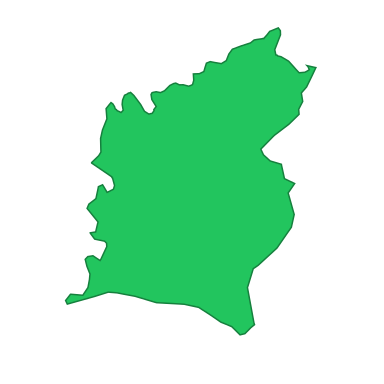 Boinsen, Bong, Liberia, rotated 171°
{"feature_id": "62588387B25170598917016", "entity_name": "Boinsen", "entity_type": "district", "adm_level": 2, "iso_a3": "LBR", "parent_name": "Liberia", "parent_adm1": "Bong", "projection": "natural_earth1", "projection_center": [-9.229, 6.691], "detail": "fine", "context": "isolated", "style": "filled", "palette": "green", "viewbox_px": 384, "rotation_deg": 171, "n_neighbors": 0, "source": "geoboundaries", "source_scale": "gbopen_adm2", "svg_char_len": 2671}
<svg xmlns="http://www.w3.org/2000/svg" viewBox="0 0 384 384"><g transform="rotate(171 192 192)"><path d="M332.7,100.8L304.4,104.1L290.4,106.2L281.7,104.1L276.3,102.1L264.5,97.9L245.6,88.8L244.2,88.2L221.9,83.4L217.4,82.4L203.4,77.0L200.0,73.9L193.7,68.3L183.8,58.9L179.6,56.4L173.8,52.8L172.6,51.2L166.9,43.4L161.9,43.8L155.1,48.8L151.0,51.2L151.3,53.0L152.2,89.0L151.3,90.7L143.5,106.7L140.9,107.9L138.2,109.2L116.8,123.4L104.9,135.9L99.4,141.6L94.6,153.8L95.3,159.8L96.1,166.7L97.2,176.0L89.3,184.3L98.6,190.7L99.4,204.3L99.4,205.4L109.9,210.4L115.6,217.5L116.8,221.7L117.3,223.6L103.2,234.1L101.6,235.2L85.5,243.9L75.2,251.2L74.1,252.0L73.7,257.0L68.5,264.1L68.5,272.7L62.4,277.8L55.0,288.4L50.2,295.5L50.8,295.7L58.6,298.8L57.8,297.6L57.5,296.4L57.0,294.5L58.9,293.6L61.7,292.6L67.5,293.0L68.3,294.1L69.7,296.2L70.1,296.8L70.3,297.1L71.8,299.5L76.1,306.1L82.9,311.7L86.1,313.0L86.6,313.9L87.8,314.3L87.8,315.5L88.0,319.6L82.8,328.6L80.0,333.4L79.5,337.5L81.1,340.6L87.4,339.1L90.1,338.5L93.3,335.5L96.4,333.0L97.1,332.2L97.7,332.6L98.8,332.4L104.2,332.5L106.9,332.4L110.9,330.1L120.4,328.6L129.8,326.7L134.0,322.5L135.4,320.1L137.6,316.4L142.9,314.2L146.2,315.3L149.2,316.3L153.6,317.9L157.6,317.0L159.9,312.4L161.0,310.0L161.5,309.1L166.2,307.7L168.8,308.0L171.3,308.3L172.2,308.4L172.8,302.1L174.5,298.3L175.4,297.7L178.7,297.0L183.9,299.3L187.7,299.8L191.0,302.1L193.1,302.0L197.2,300.7L203.3,296.3L207.5,295.1L211.7,296.6L214.9,296.5L216.0,296.3L217.2,294.7L217.2,289.6L214.0,282.0L214.8,281.3L216.8,279.4L216.7,278.4L219.0,275.9L220.3,275.9L222.4,275.7L226.3,279.1L229.0,286.4L234.3,296.4L236.0,298.6L237.1,300.0L238.7,299.5L239.4,299.7L240.4,299.0L243.5,298.1L245.2,295.3L246.2,293.6L247.3,289.4L247.2,284.5L247.1,283.6L248.2,282.7L249.2,281.9L249.7,281.6L250.4,282.1L250.6,282.4L253.3,284.1L253.7,285.1L254.9,286.2L255.1,288.3L256.4,291.4L258.0,293.0L259.5,291.7L260.2,291.1L261.9,289.5L263.8,287.8L264.6,277.6L269.8,268.8L270.7,267.3L273.9,259.2L274.8,252.5L275.7,245.7L276.6,244.6L278.5,242.4L281.9,240.0L286.5,236.8L286.6,236.5L286.6,236.3L268.8,219.5L268.8,218.7L268.3,218.3L268.0,215.5L267.5,210.5L267.9,209.6L269.2,207.0L275.9,204.9L278.1,210.5L279.2,213.1L281.5,212.5L283.6,211.9L284.3,209.9L287.9,200.5L292.0,198.2L295.7,196.2L298.2,192.2L289.5,177.1L290.4,175.0L293.4,167.6L294.8,167.6L298.9,167.6L298.9,167.3L295.5,160.7L295.0,160.5L286.0,157.1L284.4,154.8L284.6,152.8L284.7,151.4L292.6,139.7L293.5,138.7L296.5,141.4L299.6,144.3L299.8,144.5L305.0,144.5L308.0,142.2L307.4,135.1L305.6,127.0L307.0,121.5L309.7,113.9L316.0,107.1L327.0,109.8L328.0,110.0L331.2,107.0L333.8,104.6L332.7,100.8Z" fill="#22c55e" stroke="#15803d" stroke-width="1.5"/></g></svg>